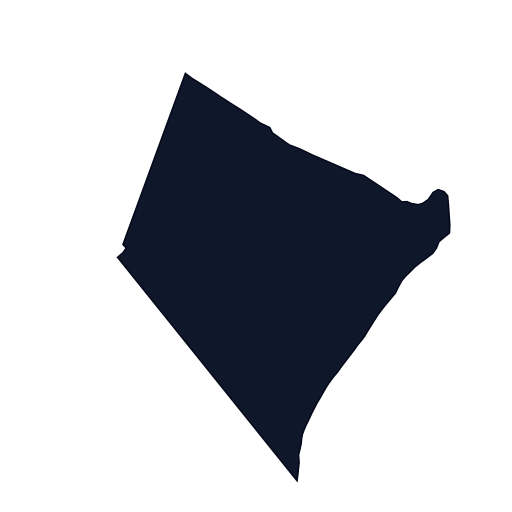 the district of Galinhos, Rio Grande do Norte, Brazil, rotated 125°
{"feature_id": "56859067B90906077559258", "entity_name": "Galinhos", "entity_type": "district", "adm_level": 2, "iso_a3": "BRA", "parent_name": "Brazil", "parent_adm1": "Rio Grande do Norte", "projection": "mercator", "projection_center": [-36.221, -5.183], "detail": "fine", "context": "isolated", "style": "filled", "palette": "ink", "viewbox_px": 512, "rotation_deg": 125, "n_neighbors": 0, "source": "geoboundaries", "source_scale": "gbopen_adm2", "svg_char_len": 1160}
<svg xmlns="http://www.w3.org/2000/svg" viewBox="0 0 512 512"><g transform="rotate(125 256 256)"><path d="M416.6,93.4L411.1,96.3L407.2,98.5L400.6,102.1L394.4,107.1L388.7,109.3L383.7,111.4L379.9,113.6L375.5,115.7L370.8,116.9L366.0,117.9L359.1,119.0L352.2,120.2L346.3,121.0L341.0,121.7L336.4,122.0L330.0,122.6L323.4,123.2L318.3,123.4L310.8,123.2L303.6,122.6L298.8,122.6L292.1,122.4L283.8,122.0L276.1,121.7L270.2,121.7L264.9,121.2L259.5,121.0L254.4,121.4L245.1,121.9L238.7,122.2L234.1,122.4L228.3,122.2L222.5,121.9L217.5,121.5L211.7,121.0L206.2,120.5L200.6,121.5L193.0,122.4L186.7,121.9L182.2,121.0L174.1,119.6L167.1,117.6L159.5,115.0L152.6,112.8L146.2,112.7L139.4,114.3L133.1,112.7L126.2,110.7L119.7,114.8L103.7,127.7L96.8,133.5L95.4,138.9L97.1,144.9L102.3,147.4L110.9,147.3L116.9,149.5L120.7,152.3L123.7,158.4L124.9,163.6L128.1,167.6L127.4,173.8L128.3,214.1L131.6,222.3L140.9,267.8L143.1,281.4L145.9,292.6L145.7,313.2L142.9,318.3L144.7,329.3L144.5,334.6L144.9,352.5L145.5,364.9L145.7,370.5L145.9,376.0L146.2,391.3L147.2,410.7L146.9,418.6L322.9,371.6L323.9,366.9L329.8,366.9L336.5,368.7L416.6,93.4Z" fill="#0f172a" stroke="#020617" stroke-width="1.5"/></g></svg>